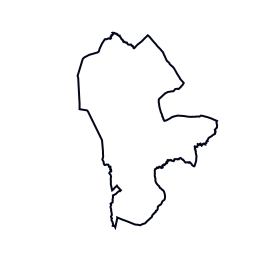 the district of Kilindi, Tanga, United Republic of Tanzania, rotated 317°
{"feature_id": "72390352B98761165374808", "entity_name": "Kilindi", "entity_type": "district", "adm_level": 2, "iso_a3": "TZA", "parent_name": "United Republic of Tanzania", "parent_adm1": "Tanga", "projection": "mercator", "projection_center": [37.598, -5.503], "detail": "fine", "context": "isolated", "style": "outline", "palette": "ink", "viewbox_px": 256, "rotation_deg": 317, "n_neighbors": 0, "source": "geoboundaries", "source_scale": "gbopen_adm2", "svg_char_len": 5790}
<svg xmlns="http://www.w3.org/2000/svg" viewBox="0 0 256 256"><g transform="rotate(317 128 128)"><path d="M50.9,192.0L58.6,186.7L59.1,186.1L61.8,192.0L63.1,194.4L67.0,202.7L67.7,203.9L68.7,204.9L70.8,207.6L72.1,207.8L75.6,209.4L78.3,209.2L84.9,209.3L85.9,208.6L87.2,208.2L87.9,208.4L89.8,208.1L90.1,208.3L90.8,208.4L91.2,208.0L91.9,207.6L92.9,208.0L94.2,207.7L96.2,205.9L98.5,205.9L98.9,206.2L99.6,206.3L100.3,206.3L103.2,205.1L105.8,205.3L106.6,204.9L108.2,203.6L109.5,201.9L110.7,199.7L111.0,198.7L111.2,197.6L110.8,196.5L110.9,195.0L110.7,194.1L110.4,193.4L111.1,192.0L110.9,189.9L111.1,187.7L111.5,186.3L112.0,185.4L113.5,183.7L114.9,181.2L116.3,179.9L118.9,177.0L119.9,176.6L120.9,177.1L121.5,176.9L121.9,176.6L122.0,176.6L122.1,176.9L122.4,177.0L122.4,177.4L122.9,177.9L123.2,177.9L123.7,177.4L124.5,177.6L124.9,178.2L124.9,178.7L125.1,178.8L124.9,179.1L125.0,179.2L125.1,179.9L125.8,179.9L126.1,180.5L126.4,180.6L127.0,179.1L127.7,179.0L127.9,178.9L128.2,179.2L128.8,179.1L128.9,179.8L129.4,180.0L129.7,179.4L130.8,179.9L131.6,179.7L131.7,179.8L132.0,179.6L132.2,180.2L132.4,180.3L132.8,179.9L132.7,179.3L133.0,179.2L133.3,179.6L134.0,179.7L134.4,178.9L134.8,178.5L135.0,178.5L135.1,179.0L135.5,179.0L135.6,179.5L135.9,179.5L136.0,179.8L137.1,180.1L137.3,181.1L137.7,181.0L137.8,181.1L137.8,181.4L138.4,182.9L138.8,183.4L139.6,183.1L140.5,182.5L140.8,182.6L141.2,182.7L141.4,183.3L142.1,183.7L143.0,184.9L143.3,184.9L143.5,184.8L143.9,185.1L144.0,185.5L145.1,185.3L146.0,185.8L145.9,186.0L146.1,186.6L146.1,187.4L146.6,188.3L146.4,188.7L146.6,189.3L146.6,190.4L146.4,192.0L146.5,192.5L147.9,193.4L148.5,194.4L148.8,194.3L149.0,194.5L149.0,195.0L149.9,195.1L150.0,195.6L149.8,196.3L149.9,196.6L149.9,197.9L149.6,198.7L149.8,199.4L149.9,200.7L150.4,201.2L150.7,201.2L151.3,200.9L155.3,198.6L159.1,195.1L159.4,194.6L159.5,194.0L160.2,193.3L160.7,192.2L161.8,191.3L161.8,190.6L162.1,190.1L162.5,189.9L162.6,189.6L162.6,189.1L162.9,189.0L163.0,188.6L163.4,188.1L163.6,187.9L164.1,187.0L164.4,187.0L164.4,187.4L164.5,187.5L164.5,187.8L164.7,188.0L164.7,188.3L165.6,188.9L165.7,188.7L165.8,188.8L165.9,188.6L166.7,188.5L167.4,188.1L168.0,187.4L168.2,187.8L168.2,188.5L169.5,188.5L170.0,188.7L169.8,188.9L169.9,189.3L169.4,189.8L169.9,190.1L169.9,190.6L169.8,191.1L171.0,191.1L171.4,190.6L171.7,190.8L172.4,190.8L172.5,191.1L172.9,191.5L173.1,191.9L173.0,192.4L173.2,192.7L173.3,192.5L173.4,191.9L173.9,191.9L174.0,192.3L174.4,192.0L174.8,192.3L175.1,192.2L175.3,192.3L176.1,191.4L177.0,191.7L176.9,191.3L178.9,190.8L179.8,190.4L180.3,190.3L181.2,190.5L182.2,190.6L183.3,191.0L185.3,191.0L187.2,191.6L187.8,191.6L188.2,190.8L189.1,190.7L189.1,190.3L189.4,189.9L189.7,190.1L189.9,189.9L189.8,189.5L189.9,189.2L190.2,189.0L190.3,188.6L190.7,188.7L191.2,188.4L191.7,188.3L193.3,188.4L194.0,187.6L194.8,187.1L196.3,184.5L197.0,183.9L197.9,183.6L197.4,182.4L197.2,182.2L197.1,181.6L196.2,179.9L195.9,178.8L193.6,174.4L190.9,170.1L189.7,168.6L188.0,168.4L186.4,166.7L184.5,165.4L183.8,164.6L181.4,162.6L178.9,159.8L177.1,157.4L172.8,152.8L170.1,151.3L170.1,151.2L167.6,150.0L165.5,149.7L161.3,148.6L160.0,147.9L159.5,147.6L159.5,147.2L159.9,145.7L160.3,145.2L161.1,142.7L161.3,142.7L162.0,141.2L162.9,138.7L165.2,134.3L168.0,130.2L169.9,128.2L170.3,128.0L178.9,128.0L180.2,128.5L181.4,128.7L185.0,131.0L185.9,131.9L187.4,132.1L188.5,131.7L189.3,131.9L190.8,132.9L191.3,133.8L191.5,134.0L194.2,134.0L197.3,133.7L199.1,133.3L199.5,133.0L199.6,127.7L199.8,127.5L199.9,127.1L200.9,121.8L202.3,116.1L202.5,114.2L202.1,110.5L202.1,109.7L202.5,108.8L202.4,108.0L202.5,107.5L202.2,105.5L203.0,102.9L204.0,100.2L204.3,98.8L205.2,96.8L205.4,92.3L205.3,88.0L205.5,86.1L205.6,81.9L205.9,76.0L205.7,73.7L200.8,73.8L197.0,74.0L191.4,73.5L187.6,73.9L186.8,73.8L186.7,73.1L187.2,72.9L187.1,72.3L187.4,71.6L187.2,71.4L187.3,71.3L187.2,70.8L186.8,70.3L186.7,70.0L187.2,69.5L187.2,69.2L186.5,68.4L185.5,67.8L185.0,67.0L185.1,65.9L185.1,65.1L185.4,64.8L185.2,64.4L184.5,63.9L184.5,63.6L184.1,62.9L184.2,62.7L183.6,62.4L183.4,61.6L183.6,61.3L183.9,61.4L183.9,60.2L184.1,60.2L184.2,59.6L184.1,59.2L184.1,58.9L183.9,58.3L184.0,57.7L184.4,57.0L184.5,56.6L184.3,56.1L184.5,55.7L184.5,55.1L184.8,54.8L184.3,54.5L184.4,54.1L183.8,53.1L184.0,53.0L184.3,52.4L183.9,51.6L183.9,51.2L183.5,51.1L183.1,50.5L183.2,50.3L183.0,49.3L182.9,49.2L182.3,49.2L182.1,48.6L182.1,48.1L181.6,47.8L181.5,48.7L181.2,49.1L180.8,49.2L180.3,49.2L180.1,49.4L179.4,49.3L179.3,49.1L179.0,49.4L178.7,49.2L178.4,49.4L178.2,49.2L177.5,49.4L177.4,49.7L177.1,49.8L176.9,50.7L176.3,50.8L175.8,50.7L175.2,49.5L174.8,49.3L174.4,48.9L173.9,48.9L172.6,48.3L172.3,48.1L172.1,47.6L171.6,47.3L166.7,48.5L161.7,50.5L158.6,52.2L157.3,52.0L149.4,48.0L144.2,46.6L142.1,46.6L126.7,55.5L125.6,57.6L122.3,61.5L108.9,77.5L105.4,81.2L110.0,87.1L110.0,88.6L100.7,119.2L94.1,127.6L92.2,129.7L90.6,131.7L89.6,132.5L87.8,133.5L87.7,133.7L87.2,135.7L86.9,136.4L85.9,137.6L85.7,139.1L85.9,139.4L87.4,140.1L88.6,141.4L88.5,141.7L87.6,143.6L87.6,143.8L88.7,144.1L88.8,144.2L88.8,144.4L88.0,145.2L86.7,146.1L86.7,146.6L87.2,146.9L87.0,147.3L86.7,147.5L86.3,148.2L86.1,148.3L85.9,148.0L85.0,147.7L83.9,148.0L83.4,148.4L83.4,150.2L82.5,152.0L81.1,153.0L78.1,156.4L77.0,157.5L73.9,162.8L75.9,162.9L77.6,162.6L79.2,162.7L80.5,162.6L80.3,163.6L80.3,168.7L79.6,168.7L79.8,168.2L78.8,168.2L77.2,167.9L73.8,167.9L72.7,167.6L72.4,167.4L71.9,167.4L71.0,167.0L69.8,168.4L68.8,169.2L67.9,169.8L67.3,170.7L66.8,171.0L66.0,171.9L65.4,171.7L63.6,171.5L63.2,172.9L62.5,173.1L61.3,173.9L61.0,174.4L60.1,176.2L59.1,177.1L58.9,177.7L57.0,180.5L55.8,181.0L55.2,181.1L54.6,182.2L54.7,182.7L54.6,183.2L54.1,183.3L53.4,183.8L53.0,184.3L52.5,186.5L51.7,187.5L51.5,188.4L50.7,189.0L50.1,189.1L50.2,189.4L50.9,189.8L51.4,190.7L51.0,191.6L50.9,192.0Z" fill="none" stroke="#020617" stroke-width="2"/></g></svg>